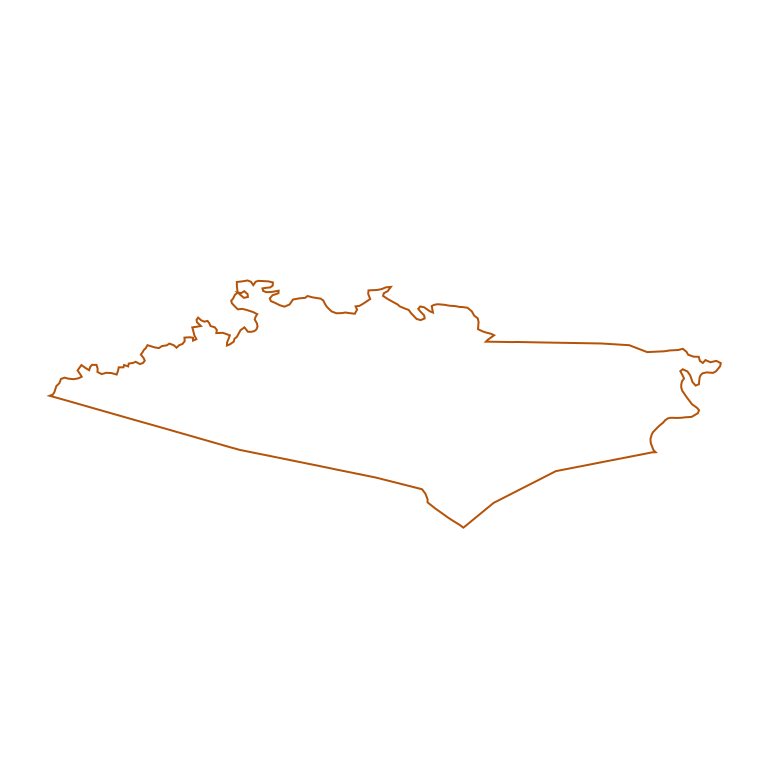 outline of Arari, Maranhão, Brazil, rotated 106°
{"feature_id": "56859067B76267583761173", "entity_name": "Arari", "entity_type": "district", "adm_level": 2, "iso_a3": "BRA", "parent_name": "Brazil", "parent_adm1": "Maranhão", "projection": "equal_earth", "projection_center": [-44.77, -3.551], "detail": "fine", "context": "isolated", "style": "outline", "palette": "amber", "viewbox_px": 768, "rotation_deg": 106, "n_neighbors": 0, "source": "geoboundaries", "source_scale": "gbopen_adm2", "svg_char_len": 3739}
<svg xmlns="http://www.w3.org/2000/svg" viewBox="0 0 768 768"><g transform="rotate(106 384 384)"><path d="M374.7,104.1L373.3,106.7L370.2,109.1L367.2,111.3L363.4,112.7L358.8,112.7L356.3,112.2L350.9,109.4L347.7,107.5L344.3,105.1L341.2,103.7L338.6,101.4L337.3,98.7L335.9,93.1L334.7,89.4L332.9,85.0L330.8,79.2L325.6,74.3L322.4,73.9L320.6,76.6L318.6,82.3L313.1,89.6L310.2,93.1L308.3,95.4L305.5,97.3L302.5,98.1L299.4,98.3L296.0,97.1L293.0,99.7L290.0,102.7L287.5,100.9L288.3,95.8L291.3,92.1L294.6,89.7L297.1,88.0L299.6,84.0L297.4,81.2L293.8,81.9L290.7,82.4L288.2,82.1L285.9,80.7L283.9,77.1L282.6,70.7L280.2,68.3L274.3,65.8L271.1,66.0L270.2,71.0L273.1,76.2L272.4,81.6L275.9,83.3L274.7,86.7L271.1,89.0L272.4,94.0L272.0,99.7L269.6,102.2L267.8,106.5L270.2,110.5L273.0,118.6L275.3,123.6L277.5,130.1L280.8,139.8L279.1,158.9L285.2,186.5L300.9,245.0L306.9,267.6L308.6,273.1L309.7,277.3L315.2,297.7L312.7,296.3L306.8,291.6L306.2,295.2L306.4,299.6L306.2,303.9L305.4,308.7L300.9,309.7L298.5,310.1L295.0,312.0L293.4,316.2L290.0,319.6L287.7,324.7L288.3,329.2L289.1,332.8L289.5,337.3L290.6,342.1L291.3,348.3L292.5,354.3L294.1,357.7L296.0,359.6L298.8,358.2L301.8,356.6L301.5,359.8L299.2,366.6L299.5,370.6L302.3,371.8L304.5,368.7L307.0,364.3L309.8,363.0L312.5,366.4L312.5,370.6L308.4,377.6L306.0,380.7L305.7,384.8L305.1,390.0L303.7,393.1L302.9,396.9L301.4,403.4L299.6,409.2L296.8,409.2L293.8,406.1L288.8,404.2L290.6,408.9L293.5,412.5L295.6,416.8L298.3,424.7L301.8,424.0L306.1,420.7L309.3,423.4L312.5,426.1L315.7,429.2L317.2,432.7L320.0,430.4L324.5,431.4L325.5,437.4L325.9,440.8L327.4,443.9L329.1,449.1L328.7,454.3L327.3,457.1L325.6,460.1L323.8,462.3L320.4,465.5L319.4,468.5L320.4,476.4L320.5,481.8L322.9,483.5L325.0,489.0L327.9,494.8L333.6,496.7L337.1,501.0L337.0,506.0L336.0,511.2L335.5,515.6L333.2,517.4L329.3,515.6L327.8,513.2L325.8,510.5L323.4,511.0L326.7,517.8L328.2,522.6L327.8,525.9L325.6,527.2L324.1,524.0L322.5,520.0L320.1,518.1L317.0,518.8L317.2,523.3L318.3,528.1L319.5,533.3L321.1,535.6L325.0,536.9L322.4,540.1L322.1,543.7L324.5,548.7L326.5,553.6L331.0,552.2L336.4,549.9L339.4,551.9L343.0,552.5L346.2,553.8L348.3,552.5L350.8,548.3L352.5,545.1L350.8,540.8L350.7,536.4L350.9,529.9L351.8,525.1L354.6,525.9L357.6,526.1L360.8,522.8L363.7,521.4L366.7,521.7L368.8,523.1L370.3,525.7L371.3,529.2L368.0,533.8L371.9,536.8L377.0,537.9L379.4,538.5L381.7,540.2L384.7,540.1L388.4,543.1L390.3,545.6L387.2,546.3L383.8,545.9L379.7,545.6L379.2,553.0L381.3,559.2L378.1,559.6L376.1,562.4L376.1,566.7L373.8,568.6L372.0,571.0L373.6,573.9L373.2,577.2L371.4,581.0L374.0,581.9L376.3,580.7L378.7,576.0L380.7,580.0L382.4,583.9L386.9,581.2L389.4,579.8L392.6,576.7L394.9,579.5L392.2,580.4L392.6,583.6L394.4,588.6L397.8,587.4L401.0,588.7L403.2,591.6L406.3,593.4L404.7,596.7L404.3,601.5L406.6,603.3L408.8,608.0L411.5,610.2L412.0,614.1L411.9,622.1L415.2,622.9L417.4,624.2L419.9,624.8L422.8,625.8L425.5,622.0L427.5,620.4L430.3,621.5L432.1,624.2L431.1,628.9L432.9,631.0L434.7,635.0L437.6,634.8L437.4,639.1L439.8,639.0L441.1,643.6L444.6,643.3L448.6,643.6L448.6,649.1L449.8,654.1L452.3,658.1L451.4,662.8L448.1,663.5L444.9,665.7L446.1,670.0L448.6,671.1L452.0,671.2L451.1,674.7L449.2,680.1L455.4,682.3L458.3,678.8L460.4,676.6L462.8,679.4L464.9,683.5L465.9,689.1L465.9,692.7L468.2,695.9L472.7,696.3L476.4,698.4L482.7,698.6L485.4,699.4L487.5,702.2L487.4,690.8L487.3,609.7L487.2,588.9L487.2,515.4L487.1,504.6L479.8,412.7L479.4,406.8L477.0,376.5L476.2,366.3L474.7,318.4L478.0,314.0L480.6,312.0L482.9,310.3L485.8,309.5L489.5,300.5L494.8,285.5L496.3,280.6L498.7,272.1L500.2,268.1L497.8,266.4L468.1,245.9L420.4,194.8L398.8,152.5L375.8,107.4L374.7,104.1ZM336.4,549.9L335.9,546.3L333.3,543.9L335.2,539.9L337.9,538.8L339.8,542.5L336.4,549.9Z" fill="none" stroke="#b45309" stroke-width="2"/></g></svg>